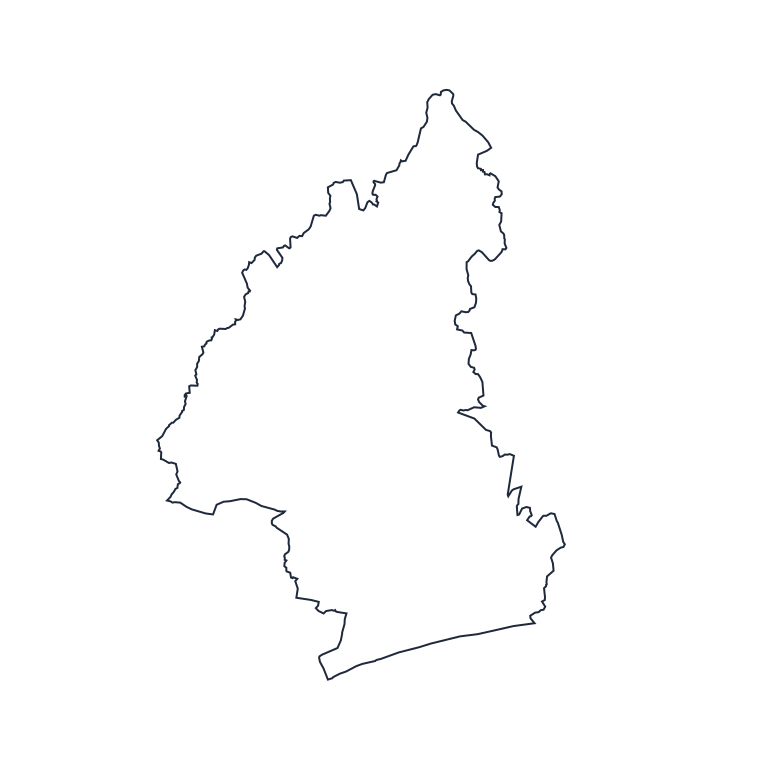 Ambovombe-Androy, Androy, Madagascar (Robinson projection), rotated 12°
{"feature_id": "10022922B3330352702203", "entity_name": "Ambovombe-Androy", "entity_type": "district", "adm_level": 2, "iso_a3": "MDG", "parent_name": "Madagascar", "parent_adm1": "Androy", "projection": "robinson", "projection_center": [45.726, -24.798], "detail": "fine", "context": "isolated", "style": "outline", "palette": "slate", "viewbox_px": 768, "rotation_deg": 12, "n_neighbors": 0, "source": "geoboundaries", "source_scale": "gbopen_adm2", "svg_char_len": 6150}
<svg xmlns="http://www.w3.org/2000/svg" viewBox="0 0 768 768"><g transform="rotate(12 384 384)"><path d="M198.7,538.7L196.0,543.1L199.7,543.2L201.8,544.0L203.9,543.1L209.4,542.4L216.3,545.2L222.0,546.6L236.4,547.7L243.2,547.2L243.9,547.1L245.4,536.9L251.6,532.5L257.6,530.7L267.6,526.4L273.6,525.3L283.2,526.9L289.5,528.8L303.4,529.6L305.8,530.3L309.2,530.2L313.4,529.3L312.5,530.9L303.5,538.8L302.7,541.2L303.4,544.0L304.5,545.0L307.6,545.8L308.9,546.9L320.5,551.5L323.1,555.3L323.9,560.2L325.2,562.8L325.7,566.1L325.3,568.1L322.5,571.2L322.2,573.3L323.1,574.5L323.4,576.6L325.2,576.9L324.0,579.7L324.4,582.9L326.7,584.1L327.3,587.1L327.9,587.6L331.5,588.1L333.3,592.7L335.0,592.9L335.3,591.9L339.7,592.6L338.2,595.3L342.2,602.1L342.7,611.3L357.6,610.4L365.5,610.7L365.6,614.5L363.9,617.4L367.1,619.6L372.6,621.0L374.6,618.1L379.9,616.0L382.3,616.2L383.2,615.3L384.2,616.5L385.6,616.7L395.0,616.2L394.5,622.0L395.3,627.1L394.7,636.0L395.0,636.8L395.1,643.8L393.4,651.9L379.5,661.8L377.5,663.9L377.4,665.1L379.1,669.1L384.0,674.8L390.6,684.8L394.6,682.5L395.3,681.2L401.1,676.5L406.6,673.2L415.6,665.7L421.0,662.3L432.9,656.8L434.0,655.5L438.2,653.5L454.4,643.4L473.2,634.1L483.7,628.2L510.7,615.1L527.7,609.2L560.9,593.9L581.0,586.7L576.1,582.8L575.2,580.3L579.4,576.2L582.7,575.0L584.3,572.7L587.0,571.6L588.0,568.3L583.8,563.9L586.2,561.9L585.8,559.0L583.0,550.5L584.6,548.0L584.3,546.8L584.8,546.1L584.1,544.1L583.5,538.3L588.7,531.4L586.5,524.3L583.5,519.1L584.1,516.7L587.3,510.9L590.9,507.3L593.4,506.1L594.2,503.2L592.1,501.1L589.2,494.6L583.0,483.8L581.5,482.1L577.8,475.7L574.0,475.8L570.2,479.2L567.7,479.6L566.9,480.2L563.6,487.1L562.0,492.1L552.3,487.5L554.0,483.3L555.3,482.7L555.8,481.6L553.4,477.9L552.5,474.8L548.9,474.7L545.0,477.1L543.3,483.6L541.8,484.4L539.4,476.3L539.5,475.0L540.4,473.4L539.5,468.6L539.7,455.9L532.6,460.1L531.1,461.9L528.9,468.0L528.0,466.6L526.0,427.2L521.6,426.4L519.4,427.5L516.8,427.9L515.1,429.8L512.5,431.2L511.3,430.1L508.7,424.3L507.3,422.5L502.4,421.8L499.4,412.7L498.8,409.1L497.4,408.0L493.3,407.7L479.6,399.0L462.4,396.5L463.2,394.3L464.3,393.3L467.2,393.4L469.4,392.4L471.2,392.3L477.0,388.0L483.8,387.2L487.0,384.9L485.1,384.7L480.8,381.9L479.2,379.6L479.5,377.7L483.7,374.6L479.8,361.5L476.5,357.2L473.9,354.8L471.6,355.2L468.9,353.7L469.7,351.0L468.7,349.4L465.3,349.2L462.5,346.7L461.8,341.9L462.6,337.2L462.5,332.6L464.9,332.4L466.4,331.6L466.6,330.4L465.6,327.7L458.7,316.0L451.7,317.0L449.5,315.4L444.1,315.4L444.2,312.2L441.3,310.9L440.0,307.5L440.0,302.0L443.1,299.5L444.6,296.8L448.9,296.8L451.4,296.1L452.4,294.4L452.5,292.7L456.5,290.1L457.1,285.3L456.4,281.0L454.9,277.4L451.7,277.7L450.4,276.4L448.8,270.3L446.9,268.8L444.8,265.8L443.8,262.7L443.9,260.3L440.9,254.5L439.5,247.6L440.6,246.7L443.4,240.9L445.6,238.0L447.5,234.4L448.9,233.6L452.3,234.7L461.0,241.0L462.2,241.4L464.2,241.0L466.4,239.2L470.8,231.8L471.8,229.7L471.9,227.5L474.8,227.0L475.4,225.4L472.8,221.5L472.1,217.4L471.3,216.4L470.6,213.3L469.6,212.0L466.6,210.4L463.7,204.4L464.8,200.7L463.5,192.5L461.2,191.8L461.1,189.8L459.4,187.0L456.1,187.7L453.2,186.1L453.2,184.2L454.3,181.7L453.7,179.4L454.0,178.0L458.4,176.6L459.7,174.0L458.9,171.1L456.3,170.1L454.2,168.2L454.1,161.9L449.7,157.6L444.3,155.8L443.6,156.9L443.8,157.9L441.2,157.4L439.2,158.0L438.2,155.7L436.6,155.7L436.3,154.1L434.4,154.7L434.0,153.4L431.1,153.4L429.8,151.9L428.8,148.8L428.3,140.1L436.2,134.5L439.7,130.7L435.7,125.9L428.8,120.6L423.6,118.0L419.1,116.6L409.2,110.4L406.1,109.5L397.5,101.6L394.4,97.2L392.2,95.5L391.5,93.4L391.9,87.6L391.4,86.0L387.0,83.2L384.0,83.3L381.2,84.4L379.0,86.4L379.3,89.2L378.7,90.0L374.3,89.7L371.4,91.0L368.6,96.0L367.7,99.4L369.2,104.7L368.9,109.8L371.2,114.8L371.4,118.6L369.2,124.3L367.0,126.3L366.7,140.7L366.2,143.7L365.8,144.6L363.4,145.4L360.2,154.5L358.7,161.2L355.5,162.4L354.0,161.8L354.0,163.5L353.3,165.0L353.5,167.0L351.8,172.3L343.1,177.0L342.4,178.8L341.9,186.7L339.0,187.7L332.1,187.3L331.7,187.9L331.8,188.8L333.7,190.3L334.0,191.4L332.9,197.8L333.1,200.3L334.0,201.2L336.5,200.7L338.7,202.0L338.3,204.2L338.3,205.1L338.9,205.9L338.6,206.9L340.6,207.7L340.2,211.8L336.8,210.4L335.9,210.7L334.2,209.0L331.6,207.9L330.0,209.7L329.1,215.7L327.7,218.5L323.3,218.0L318.0,204.0L309.2,191.5L302.4,193.4L301.7,195.1L299.0,196.3L294.7,196.4L293.0,197.7L292.7,199.5L288.2,203.3L289.7,208.7L292.4,211.0L292.5,213.9L293.5,217.3L293.2,219.1L295.2,223.2L294.5,226.3L292.1,231.5L287.1,232.0L285.9,232.8L281.9,232.7L280.4,234.0L279.5,245.2L278.2,248.4L274.1,253.0L273.2,256.4L270.5,256.7L268.6,259.2L263.7,258.6L262.3,259.7L261.9,261.3L264.2,269.8L263.6,270.7L263.1,271.0L258.5,269.0L257.5,269.6L256.8,271.4L251.4,273.5L251.3,275.0L258.4,281.7L258.7,284.0L258.2,287.0L256.6,288.2L256.5,289.6L255.2,291.9L244.8,281.8L239.6,279.0L238.6,279.2L237.1,282.0L232.4,285.0L231.4,287.1L231.6,289.6L229.2,293.3L226.8,292.9L227.1,295.7L226.5,299.5L225.6,301.0L224.0,300.9L222.8,302.0L222.1,304.6L229.0,314.3L230.6,318.1L233.6,320.6L233.4,321.4L232.3,321.6L232.2,323.3L230.1,325.0L229.0,327.8L231.2,332.5L231.4,336.8L232.3,339.0L231.8,346.5L230.1,350.6L227.7,351.8L225.5,351.6L226.1,352.7L225.4,354.1L226.0,356.6L223.9,357.3L220.6,361.2L218.9,361.9L217.7,363.1L211.6,364.1L210.5,365.0L209.9,366.8L207.4,366.5L207.6,370.9L206.7,373.5L205.7,374.3L206.3,375.4L206.0,377.2L204.3,377.6L202.2,379.1L201.6,380.2L201.9,381.3L200.8,382.6L200.4,384.5L198.1,385.4L200.8,390.8L200.3,392.6L197.7,395.9L198.1,400.1L197.0,403.0L197.7,406.2L196.6,409.7L198.5,413.6L197.6,415.1L200.2,418.8L200.5,421.6L201.8,422.7L201.8,424.5L195.3,425.6L193.9,426.8L195.8,433.0L192.3,434.4L191.3,436.3L191.6,437.3L192.6,435.9L193.5,436.9L192.9,442.2L194.1,444.8L193.2,448.0L193.6,451.1L192.1,452.4L192.3,453.4L190.6,457.4L190.9,459.5L187.9,462.3L186.0,465.6L184.5,466.0L182.3,469.0L182.5,469.9L180.2,473.1L177.9,481.1L173.8,486.2L175.8,488.0L176.8,491.4L178.2,493.6L177.4,496.2L179.7,496.5L180.3,497.1L181.4,503.8L183.5,503.8L190.2,506.0L192.1,505.0L197.0,505.4L200.2,512.4L199.6,515.7L203.6,521.6L205.1,522.6L204.9,523.4L203.2,524.9L203.5,528.6L201.8,530.0L200.9,533.1L199.2,536.2L198.7,538.7Z" fill="none" stroke="#1e293b" stroke-width="2"/></g></svg>